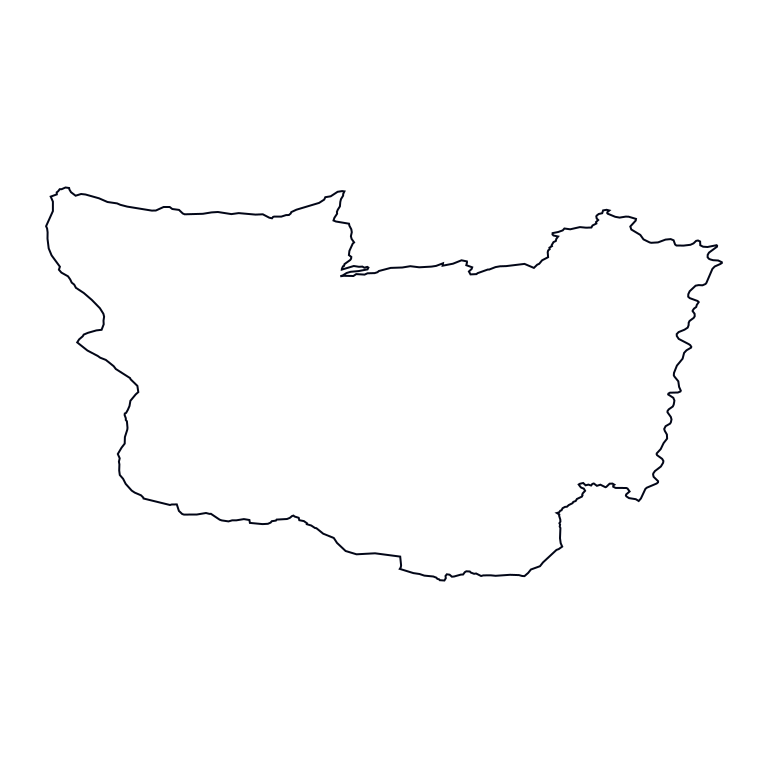 Gjerdrum nor, Akershus, Norway
{"feature_id": "86288312B13989294808730", "entity_name": "Gjerdrum nor", "entity_type": "district", "adm_level": 2, "iso_a3": "NOR", "parent_name": "Norway", "parent_adm1": "Akershus", "projection": "equal_earth", "projection_center": [11.024, 60.079], "detail": "fine", "context": "isolated", "style": "outline", "palette": "ink", "viewbox_px": 768, "rotation_deg": 0, "n_neighbors": 0, "source": "geoboundaries", "source_scale": "gbopen_adm2", "svg_char_len": 6086}
<svg xmlns="http://www.w3.org/2000/svg" viewBox="0 0 768 768"><path d="M609.3,210.5L606.6,209.8L603.1,210.4L602.2,213.2L598.7,214.0L596.7,215.6L596.3,216.3L596.7,218.5L598.2,220.0L596.0,222.1L596.4,223.5L592.5,225.5L591.4,227.5L586.2,227.7L579.9,227.1L570.2,229.3L564.4,228.5L562.7,230.4L558.2,232.0L552.6,233.1L552.5,234.5L553.5,235.5L558.1,236.5L556.3,238.9L555.8,241.0L553.5,242.1L551.6,245.3L552.0,246.1L549.4,247.7L549.7,249.2L548.2,250.4L547.7,252.2L548.1,257.2L542.1,260.3L539.2,263.8L537.2,264.7L533.9,267.9L524.5,263.9L506.2,266.1L500.0,266.3L495.5,267.1L489.3,269.5L487.9,269.5L477.5,273.2L476.5,274.1L470.5,274.4L468.9,271.5L471.6,269.0L472.2,267.3L466.3,265.2L467.0,262.4L466.9,261.4L461.5,260.3L453.0,263.7L442.6,265.7L443.0,263.3L436.1,265.9L431.5,266.6L419.3,267.3L410.3,266.2L402.3,267.5L390.7,267.9L378.9,271.0L377.5,272.2L374.7,273.1L367.5,273.3L364.6,274.6L356.2,274.1L353.4,276.0L343.8,275.8L340.3,276.3L342.8,275.4L346.6,273.0L350.6,271.8L358.4,271.1L367.5,269.4L368.4,267.6L367.3,266.9L364.3,267.7L362.4,266.6L359.0,266.8L353.8,266.0L341.8,269.6L341.9,268.7L343.0,266.3L344.0,265.9L344.5,264.1L350.2,260.0L351.1,258.7L351.3,256.9L348.9,255.1L349.4,250.9L352.7,243.7L354.1,242.4L351.6,238.9L350.9,236.2L351.8,232.2L351.3,229.3L349.4,225.7L349.0,223.7L335.9,221.5L333.5,220.5L334.4,217.8L337.1,213.7L336.9,211.9L337.8,209.7L339.9,206.4L340.3,201.9L341.0,199.1L343.1,195.7L343.2,193.9L344.4,191.4L342.1,191.1L337.6,191.8L330.7,196.3L325.3,197.2L324.2,199.6L319.1,202.9L296.4,209.7L291.3,212.1L290.7,213.5L288.9,215.0L286.0,215.1L281.3,216.6L274.2,216.6L273.1,216.9L272.0,218.3L269.3,217.7L262.8,214.3L255.5,214.6L238.7,213.1L231.4,214.1L217.9,212.0L211.5,212.4L202.9,213.8L184.7,214.3L182.8,213.5L179.0,209.9L172.3,209.0L169.7,207.0L163.6,207.0L155.9,210.5L151.8,210.6L127.2,206.6L120.3,204.8L117.1,203.4L107.5,202.0L99.0,198.3L85.5,194.5L81.1,194.0L75.6,195.7L71.0,192.2L69.4,189.5L69.1,188.0L65.5,187.5L61.6,189.2L59.7,189.2L58.2,191.2L56.7,192.4L56.8,194.4L50.7,196.6L52.9,201.6L52.9,211.1L46.1,226.2L47.1,228.5L47.6,232.3L47.5,238.7L48.7,248.4L51.6,255.4L59.9,266.7L58.9,269.7L61.4,272.6L68.0,276.3L70.2,279.4L71.7,282.6L74.2,284.6L75.9,287.8L83.8,293.0L91.8,299.9L99.9,308.2L103.4,313.8L104.1,316.7L103.5,320.7L103.7,324.3L101.6,329.8L96.4,330.4L88.0,332.8L83.7,334.6L82.8,336.2L79.1,339.4L77.2,342.4L87.4,350.5L98.0,356.1L100.2,357.7L105.8,359.9L113.7,366.2L115.8,369.0L130.1,378.1L130.6,379.3L137.4,385.9L138.3,392.1L135.7,394.4L130.4,400.8L129.5,406.0L127.8,409.9L126.1,412.9L124.8,413.5L124.6,415.0L125.8,418.2L125.8,420.0L126.9,421.3L127.5,427.8L127.3,429.6L124.9,437.1L124.7,443.6L121.6,447.6L117.8,454.0L119.7,458.3L118.9,461.7L119.4,464.3L119.2,470.5L119.8,475.0L123.1,478.8L125.7,483.9L131.7,490.6L134.7,492.6L141.0,495.3L143.3,497.6L143.5,498.5L170.0,505.0L171.6,504.5L176.8,504.4L178.9,510.9L182.2,514.0L184.0,514.6L197.0,514.5L206.0,513.0L209.5,513.9L210.9,513.8L219.7,519.7L221.7,520.4L228.5,521.4L232.3,520.3L236.5,520.3L243.9,519.1L249.4,520.0L249.9,522.9L262.5,524.1L267.9,523.8L270.6,522.6L271.8,521.2L275.9,520.6L276.6,519.6L287.0,519.0L289.8,517.9L292.1,516.0L293.5,515.6L294.5,516.5L298.7,517.8L299.3,520.2L303.9,521.1L307.0,523.3L306.8,524.2L311.2,525.5L315.0,528.0L316.4,528.2L323.2,533.7L333.8,538.0L337.0,542.9L345.6,551.0L356.5,554.3L375.0,553.3L400.2,556.6L401.1,565.5L400.7,567.5L399.8,568.9L413.4,573.1L419.5,574.0L424.3,575.6L433.3,576.5L436.4,577.7L437.3,578.8L439.2,579.4L439.8,580.2L444.4,580.5L445.8,578.2L445.5,576.0L446.8,574.3L449.6,574.7L451.9,576.7L454.1,576.5L460.9,574.6L463.1,574.5L464.8,572.2L466.3,571.3L469.8,571.5L470.9,572.6L474.1,573.8L476.1,573.5L481.1,576.0L483.3,575.4L490.5,575.3L495.6,575.8L510.0,574.8L519.0,575.1L522.2,576.0L524.5,576.1L528.2,572.9L530.9,569.5L540.0,566.2L543.0,562.4L556.5,549.9L558.7,549.1L562.2,546.6L560.7,543.2L560.0,538.2L560.4,528.0L559.7,526.6L560.1,524.6L559.4,523.2L560.4,521.7L560.3,519.6L559.1,515.7L559.3,514.5L556.9,513.0L559.0,512.4L560.3,510.7L561.5,510.3L562.6,508.2L565.0,506.9L567.0,506.7L568.7,505.1L572.5,503.2L573.3,501.9L575.7,501.0L576.9,499.0L581.9,496.6L582.5,495.3L582.2,494.9L582.7,493.4L585.1,490.8L583.8,488.6L581.3,487.7L580.2,486.6L578.7,484.5L579.8,483.8L583.2,483.0L585.6,485.3L588.4,484.6L591.1,485.5L592.4,483.9L593.8,483.5L596.9,485.8L600.4,484.7L605.4,487.2L606.3,486.9L609.6,483.7L612.5,483.6L614.3,484.7L613.3,485.4L613.2,486.7L615.5,487.9L626.3,488.0L627.5,488.5L629.6,491.5L626.2,494.4L625.9,495.6L626.4,496.4L629.0,498.1L635.8,499.2L638.7,501.0L640.9,498.5L645.4,488.9L646.8,487.7L656.7,483.5L658.0,482.4L658.1,481.2L653.6,476.8L653.1,474.5L653.3,473.4L654.9,471.1L660.9,466.5L663.1,462.8L663.4,461.0L662.2,458.9L657.1,455.2L656.6,454.1L656.8,453.3L660.7,449.1L663.6,443.1L667.1,438.6L666.9,434.5L664.8,430.9L664.2,429.0L665.6,426.2L670.1,423.6L670.9,422.2L671.5,419.4L670.8,416.9L667.5,412.3L667.5,411.1L668.7,409.4L672.8,406.5L673.7,404.6L674.2,401.9L674.4,400.5L673.3,397.8L668.2,394.5L668.4,393.6L669.9,392.7L677.9,392.5L680.4,391.5L680.8,390.7L679.1,386.9L678.3,381.3L674.4,376.5L673.8,375.3L674.0,372.9L676.9,365.6L682.6,358.7L684.1,352.9L686.5,350.3L691.1,347.6L691.3,346.8L690.2,345.1L688.7,344.1L678.7,338.9L676.8,336.0L676.7,334.1L678.6,332.1L684.5,329.7L687.7,327.6L688.6,325.2L688.7,322.7L689.6,320.9L693.7,317.9L694.7,316.3L694.6,313.8L692.6,311.1L692.7,310.5L694.0,308.6L696.2,307.0L696.8,304.9L698.7,302.1L697.6,301.0L689.7,298.1L688.2,296.7L688.3,294.2L689.7,291.2L695.6,285.7L698.6,285.1L702.5,285.3L705.5,284.0L706.4,282.9L712.4,268.9L714.7,266.5L720.5,263.9L721.9,262.9L721.8,262.2L718.2,260.5L713.1,260.2L710.2,259.4L708.8,258.7L707.6,257.2L707.7,254.8L709.0,252.6L717.0,246.7L717.1,245.7L716.6,245.2L707.5,247.0L703.1,246.7L700.3,245.3L700.1,241.5L698.0,240.5L696.1,240.9L693.5,243.4L690.4,244.8L683.6,245.6L676.4,245.5L675.1,244.5L673.6,240.3L670.7,239.1L665.5,239.6L658.0,242.4L651.2,242.8L649.6,242.4L643.5,239.4L640.3,234.9L631.3,229.5L630.3,226.5L635.7,220.6L636.0,218.9L628.6,216.7L625.8,216.6L619.6,217.6L615.2,216.8L607.7,213.7L607.2,213.0L607.5,212.0L609.3,210.5Z" fill="none" stroke="#020617" stroke-width="2"/></svg>